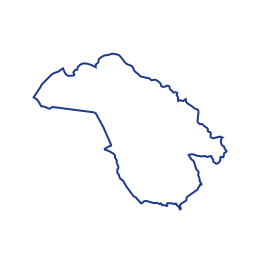 map outline of Haut-Ogooué (Natural Earth projection), rotated 301°
{"feature_id": "GAB-2627", "entity_name": "Haut-Ogooué", "entity_type": "Province", "adm_level": 1, "iso_a3": "GAB", "parent_name": "Gabon", "parent_adm1": "", "projection": "natural_earth1", "projection_center": [13.705, -1.23], "detail": "fine", "context": "isolated", "style": "outline", "palette": "blue", "viewbox_px": 256, "rotation_deg": 301, "n_neighbors": 0, "source": "natural_earth", "source_scale": "10m", "svg_char_len": 4282}
<svg xmlns="http://www.w3.org/2000/svg" viewBox="0 0 256 256"><g transform="rotate(301 128 128)"><path d="M145.6,41.4L142.6,46.0L141.9,47.9L141.9,50.0L144.9,54.2L145.3,54.6L145.7,54.5L146.6,54.1L146.9,53.8L147.1,53.2L147.3,52.7L147.8,52.5L150.2,52.8L150.8,53.1L151.3,53.6L151.8,54.4L154.2,53.6L156.8,54.1L159.3,55.4L161.0,57.4L162.1,60.0L162.9,63.0L163.4,66.2L163.5,69.0L164.6,68.3L165.7,67.9L166.8,67.9L168.0,68.5L169.1,68.8L170.1,68.4L171.1,67.8L172.2,67.6L174.1,68.2L176.6,69.5L178.8,71.1L180.2,73.4L182.8,75.4L183.7,76.4L185.2,80.1L185.8,82.4L185.3,84.9L182.7,91.5L182.3,93.4L182.3,95.3L182.8,97.2L183.0,99.5L182.3,101.2L181.1,102.6L180.1,104.5L179.8,106.2L179.4,109.5L178.8,111.2L178.7,112.2L180.6,118.2L181.3,119.9L181.5,120.7L181.5,121.4L181.1,122.7L181.1,123.4L181.6,124.3L181.9,124.6L183.0,125.9L183.5,126.9L183.6,127.5L183.5,129.9L183.3,131.6L183.0,132.3L182.7,133.1L182.2,133.8L181.6,134.3L181.2,134.8L181.0,135.6L181.4,137.1L182.4,138.3L184.7,140.0L185.0,141.6L184.6,142.5L183.7,143.1L183.0,143.9L182.7,144.7L182.6,146.5L181.8,148.7L182.7,149.7L183.4,151.1L183.4,152.2L181.3,152.7L180.9,153.3L180.6,154.2L180.1,155.0L179.5,155.5L178.9,155.9L177.6,156.4L177.0,157.0L177.4,157.6L178.7,158.4L179.5,161.5L180.6,161.9L182.0,162.2L182.5,162.7L180.9,163.8L180.1,164.8L179.7,166.4L179.5,172.5L179.1,174.4L179.1,175.1L179.6,178.4L179.1,179.4L177.3,180.5L177.2,180.6L169.6,184.1L169.1,184.6L168.8,185.2L168.6,185.9L168.6,186.7L168.3,187.4L168.3,187.9L168.7,188.3L169.2,188.8L169.5,189.4L169.5,190.2L169.0,191.7L168.7,195.7L168.3,196.8L167.9,197.3L166.8,197.7L166.4,198.1L166.3,198.9L166.7,200.2L166.7,200.8L165.9,201.9L163.6,202.8L162.7,203.6L162.9,206.2L167.9,211.1L168.4,213.5L168.1,213.3L165.0,214.2L164.3,214.5L163.7,215.0L162.5,216.2L161.9,216.9L161.6,217.6L161.6,219.6L161.2,220.3L160.6,220.9L160.0,221.5L159.6,222.9L159.3,223.9L158.9,224.5L158.3,224.6L157.6,224.2L156.6,223.6L156.0,223.5L155.6,223.6L152.5,224.7L152.0,224.7L151.6,224.2L151.4,222.8L150.8,222.3L150.2,222.3L149.5,222.7L148.4,223.5L147.0,223.8L145.4,223.7L143.9,223.1L142.8,222.0L142.9,221.6L143.0,218.7L143.5,218.0L144.8,217.2L145.7,215.0L146.5,214.4L146.8,213.9L145.9,212.5L145.2,211.9L144.5,211.5L144.0,211.0L143.8,208.9L143.4,208.1L142.2,206.7L141.4,205.3L139.9,201.8L139.3,198.6L138.7,197.0L137.9,195.6L137.0,194.6L136.3,194.0L136.1,193.9L135.9,194.3L134.6,196.7L133.9,198.2L133.7,199.0L133.6,200.6L133.4,201.3L132.8,202.2L127.8,207.8L127.4,208.6L127.2,210.2L126.9,210.9L126.2,211.4L124.7,212.0L123.9,212.4L123.2,213.1L122.3,214.5L121.7,215.1L119.6,216.8L118.9,217.6L118.6,218.3L118.4,219.0L118.1,219.6L117.4,220.1L117.1,220.0L116.5,219.0L116.1,218.9L115.2,219.2L114.8,219.2L113.4,218.9L112.1,219.3L111.0,219.2L99.5,214.2L98.9,214.1L98.1,214.2L96.8,215.0L96.1,215.2L94.8,214.8L90.5,212.6L88.9,212.3L88.0,212.5L86.8,213.9L86.1,214.8L85.2,214.9L85.0,214.4L85.4,213.7L86.1,213.0L86.4,212.4L86.7,211.8L86.8,211.1L86.9,210.5L87.0,209.7L87.4,209.1L87.9,208.4L87.8,207.6L87.5,207.5L87.1,207.5L86.6,206.9L86.4,206.3L86.1,204.3L85.5,203.4L84.2,201.1L83.7,200.4L82.1,201.4L81.1,201.4L80.8,200.0L80.8,199.3L80.5,198.7L79.7,197.7L79.5,197.2L79.6,196.8L79.9,196.2L80.0,195.8L80.3,195.3L80.3,194.9L79.1,194.5L79.0,194.1L79.0,193.7L79.0,193.3L78.9,191.5L78.6,191.1L77.6,189.9L77.2,189.4L76.6,187.8L75.2,182.2L74.4,180.4L73.3,179.5L70.5,178.5L70.2,178.2L70.3,177.7L71.2,174.9L71.7,172.8L72.6,170.5L72.6,169.8L72.4,168.3L72.5,167.5L77.4,155.9L78.5,154.2L78.9,153.5L79.1,152.8L79.7,152.0L80.1,151.1L80.4,150.2L80.5,148.0L80.7,147.3L81.3,146.3L81.9,145.5L82.5,145.0L83.1,144.4L83.5,143.6L83.9,142.3L84.6,141.6L86.5,140.4L87.0,140.3L87.4,140.3L87.9,140.4L88.5,140.4L89.1,140.2L89.7,139.7L90.4,139.0L91.0,138.3L91.9,136.9L92.4,136.3L93.0,135.8L94.2,135.3L94.6,134.8L95.7,132.5L96.4,131.8L97.1,131.4L97.7,131.1L98.2,130.2L98.5,128.7L98.5,125.5L98.3,122.7L97.6,119.8L97.6,119.3L98.2,118.8L103.0,121.5L104.1,122.6L104.6,122.4L105.0,122.0L115.7,106.9L123.9,92.9L124.0,91.7L123.5,89.9L107.2,52.6L106.5,52.0L105.9,51.7L105.2,51.5L104.6,51.2L104.1,50.7L103.8,49.7L103.6,48.9L103.5,47.3L102.9,44.2L102.5,43.5L102.1,43.0L101.9,42.5L102.3,41.6L103.9,39.0L105.6,35.2L105.7,31.3L118.1,31.9L120.6,31.7L121.6,31.8L134.8,35.1L136.1,35.8L137.5,36.7L140.7,39.4L145.6,41.4L145.6,41.4Z" fill="none" stroke="#1e3a8a" stroke-width="2"/></g></svg>